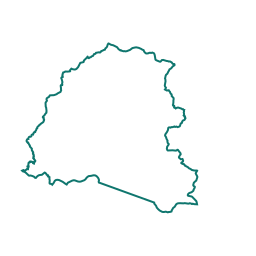 the district of Aoral, Kâmpóng Spœ, Cambodia, rotated 110°
{"feature_id": "14789045B24826472833777", "entity_name": "Aoral", "entity_type": "district", "adm_level": 2, "iso_a3": "KHM", "parent_name": "Cambodia", "parent_adm1": "Kâmpóng Spœ", "projection": "albers", "projection_center": [104.049, 11.778], "detail": "fine", "context": "isolated", "style": "outline", "palette": "teal", "viewbox_px": 256, "rotation_deg": 110, "n_neighbors": 0, "source": "geoboundaries", "source_scale": "gbopen_adm2", "svg_char_len": 5825}
<svg xmlns="http://www.w3.org/2000/svg" viewBox="0 0 256 256"><g transform="rotate(110 128 128)"><path d="M176.1,37.0L174.1,38.2L173.3,38.9L170.7,44.2L170.6,44.8L171.1,48.1L171.0,48.6L170.6,48.9L169.5,48.9L168.7,48.5L168.1,48.1L166.6,46.3L164.8,45.2L164.3,45.1L163.6,45.3L161.2,44.9L160.3,45.2L160.0,46.5L159.7,46.9L159.3,47.2L156.9,47.4L155.4,46.7L154.1,45.9L150.9,46.0L150.2,46.1L149.7,46.5L147.6,48.8L147.1,48.9L144.5,48.4L144.4,48.6L145.3,51.3L145.6,53.7L145.1,55.2L145.0,56.9L144.2,58.7L144.2,59.8L144.0,60.7L143.7,61.1L143.9,61.6L142.8,63.2L143.1,64.5L142.8,65.9L142.6,66.0L142.2,65.9L140.7,64.9L139.7,65.1L138.5,66.2L139.3,67.6L138.6,69.6L138.4,69.9L137.9,70.2L135.7,69.9L134.9,69.5L133.8,70.0L131.5,73.6L131.6,74.2L132.5,74.7L133.0,75.6L133.7,78.5L135.4,82.6L135.5,82.9L135.2,83.6L134.2,84.4L132.1,84.8L130.0,84.2L129.2,84.2L128.5,85.5L127.4,86.3L126.4,86.5L124.9,88.2L123.6,89.1L122.6,90.4L122.1,90.7L121.0,90.7L118.4,90.0L116.6,89.8L115.9,89.8L114.3,90.2L113.5,89.8L113.1,88.8L113.1,88.1L112.4,87.6L111.9,86.3L110.7,84.9L110.9,84.1L110.1,83.0L110.2,81.6L108.9,80.1L108.5,79.9L105.7,80.0L105.0,79.2L104.2,79.1L103.5,79.3L102.3,79.0L101.1,77.7L99.5,77.4L99.4,77.7L98.5,77.8L98.2,78.5L97.6,78.5L97.4,78.7L97.5,79.4L97.2,80.0L96.6,79.9L95.8,80.0L94.2,81.0L93.2,81.0L92.5,81.4L91.9,81.4L92.0,81.8L91.5,82.7L91.8,83.3L91.5,84.4L91.6,87.6L91.7,88.1L92.2,88.8L92.8,89.6L93.2,89.8L93.0,90.1L93.1,91.1L93.0,91.6L92.7,91.8L92.1,91.7L91.7,91.9L91.4,92.2L91.5,93.3L91.0,93.7L90.6,93.6L88.1,94.2L86.8,94.7L85.2,95.0L84.3,95.4L83.0,97.9L82.2,98.1L81.4,98.7L81.2,99.5L80.5,100.3L79.7,100.9L79.1,102.1L78.6,102.6L78.8,103.2L79.5,104.2L79.2,106.4L78.5,106.2L77.2,106.1L76.3,107.4L75.4,108.0L71.3,108.7L69.4,109.6L68.7,110.2L68.0,110.2L66.0,110.5L64.9,110.4L63.5,109.6L61.2,109.4L59.9,109.1L58.8,109.1L57.1,107.8L54.7,107.0L53.2,105.8L52.4,106.0L52.1,106.3L52.1,106.6L52.4,107.4L52.3,108.1L51.4,109.4L51.1,111.4L51.6,112.4L51.5,113.4L51.8,114.6L52.0,118.2L52.6,119.4L54.2,120.0L54.7,120.4L54.8,120.9L54.7,124.0L54.6,124.9L54.3,125.6L50.4,127.8L49.4,128.6L48.9,129.2L48.8,130.9L49.6,132.0L49.7,132.9L50.0,133.6L51.1,134.8L51.7,136.3L51.7,136.9L51.1,138.3L50.4,139.2L49.5,140.0L49.5,141.4L49.2,142.5L49.0,145.3L49.4,147.9L50.1,149.2L51.4,151.2L53.9,152.8L56.2,155.4L56.9,156.7L57.0,157.7L57.4,158.4L57.6,160.8L57.3,161.4L57.7,161.8L57.6,162.2L57.1,163.9L55.8,165.9L55.3,170.2L55.6,172.4L55.2,175.1L55.3,175.3L56.4,175.6L58.8,175.5L60.0,175.9L61.0,176.5L62.3,176.5L63.1,177.6L64.2,178.5L64.8,179.4L65.8,179.6L66.4,180.1L66.7,180.2L66.8,181.2L68.3,183.8L69.4,184.0L70.2,185.2L72.1,185.5L73.3,186.8L74.1,187.1L74.9,188.2L75.7,188.6L75.8,189.0L74.8,190.4L74.9,190.5L75.7,190.2L76.5,191.0L79.7,192.5L80.9,192.3L81.3,192.4L83.1,195.1L87.8,195.7L90.0,196.6L90.9,197.4L91.4,198.4L91.7,200.2L91.6,201.5L93.4,202.2L93.7,202.2L94.4,201.8L94.6,201.9L95.6,203.9L96.4,206.3L97.2,206.8L98.0,207.9L99.9,207.9L100.1,207.7L101.0,207.7L101.6,207.1L102.4,206.8L102.9,207.6L103.9,207.8L104.8,207.0L107.3,205.3L108.6,205.2L109.9,204.5L110.2,204.5L110.8,205.7L111.3,205.7L112.4,205.2L113.4,204.6L114.5,204.3L115.4,203.7L117.2,203.8L119.7,206.1L120.6,206.6L121.4,207.5L122.5,208.9L124.0,212.5L124.8,212.8L125.6,212.8L127.4,214.2L128.0,214.5L128.9,214.4L130.1,213.5L132.2,214.1L132.8,214.0L136.1,212.6L136.8,211.9L140.0,210.3L141.0,210.2L141.5,209.9L143.2,210.6L144.4,210.8L146.5,211.8L147.0,211.7L147.2,211.3L147.2,210.8L147.8,210.7L148.0,210.4L148.3,210.4L148.6,209.8L149.2,209.6L150.0,209.5L150.4,209.7L151.2,209.6L151.7,209.8L154.0,211.5L154.7,211.6L155.3,212.3L156.5,212.6L157.6,213.3L158.5,213.5L159.3,213.2L159.9,213.7L161.6,213.6L162.4,213.9L163.0,213.9L163.2,214.1L163.6,213.9L164.1,214.5L164.2,214.8L164.7,215.0L165.4,214.9L166.4,215.0L166.3,215.3L166.7,215.6L167.4,216.2L168.5,216.0L169.3,216.3L169.7,216.9L169.7,217.3L170.3,217.9L170.9,218.1L172.4,218.1L172.5,218.0L173.0,218.8L174.0,219.0L174.5,219.0L175.3,218.6L176.2,217.1L175.9,216.8L177.8,214.8L177.9,214.3L179.0,213.8L180.3,211.3L180.8,211.2L182.0,210.6L182.2,210.1L182.4,210.0L182.8,209.3L183.2,209.1L183.3,208.8L183.5,208.7L183.8,208.9L184.3,208.7L184.5,208.4L184.8,208.4L185.1,208.2L185.2,207.6L185.9,207.4L186.3,207.0L186.7,207.1L187.1,206.7L187.4,207.0L188.3,206.7L188.7,206.8L188.9,206.5L188.9,205.9L189.5,205.6L189.7,204.9L190.1,204.7L190.5,203.9L191.2,203.8L191.7,204.4L193.6,204.2L193.5,205.2L192.9,205.4L192.5,205.8L192.5,206.2L192.8,206.9L192.6,207.8L193.0,208.0L193.4,208.0L193.8,208.5L193.6,208.9L194.4,209.1L194.5,209.4L194.7,209.5L196.4,209.2L197.4,208.6L198.2,209.2L198.3,208.8L198.1,208.4L198.2,208.2L199.3,208.1L200.0,208.2L200.6,208.0L200.5,208.8L201.6,208.9L202.0,209.4L203.2,210.1L203.4,210.6L203.3,211.9L204.3,212.9L204.7,212.0L204.6,210.3L204.9,208.9L206.6,205.0L206.5,204.3L206.0,203.5L205.8,201.5L205.9,199.7L206.6,198.2L206.4,197.5L204.8,196.9L203.9,196.4L203.0,195.7L202.3,194.7L201.4,192.9L198.4,191.1L198.4,190.5L199.0,189.1L199.6,188.7L199.8,188.3L199.8,186.9L200.4,186.4L200.9,186.5L201.0,185.0L203.0,184.3L203.8,183.7L206.6,182.9L207.0,182.5L207.0,181.9L206.8,180.9L206.9,180.3L207.2,179.8L205.2,179.1L202.6,178.7L201.4,177.8L200.7,176.3L200.5,174.8L200.9,170.9L201.9,167.5L202.1,166.3L200.0,165.8L196.6,162.5L195.8,161.4L195.4,160.1L195.4,156.8L195.1,155.4L194.5,154.1L192.0,151.2L190.7,150.4L189.2,150.0L187.7,149.3L186.6,148.4L185.6,146.3L184.3,144.4L183.8,142.9L183.8,142.0L184.1,140.8L185.1,139.0L186.1,138.0L187.0,137.4L188.5,137.2L189.2,136.7L189.1,77.9L190.1,77.4L191.2,75.5L191.7,74.8L192.9,73.8L193.9,72.0L194.7,70.0L195.1,67.1L194.7,65.6L193.7,63.9L193.6,61.7L193.0,61.0L192.5,59.8L191.6,58.6L190.4,58.7L187.6,58.2L186.1,57.2L183.2,56.6L182.1,55.8L181.6,55.1L180.9,53.5L179.8,50.0L179.2,49.0L178.5,45.6L178.2,44.9L177.6,44.3L177.4,43.0L177.6,42.1L177.5,41.7L177.0,41.3L176.9,39.7L176.1,37.0Z" fill="none" stroke="#0f766e" stroke-width="2"/></g></svg>